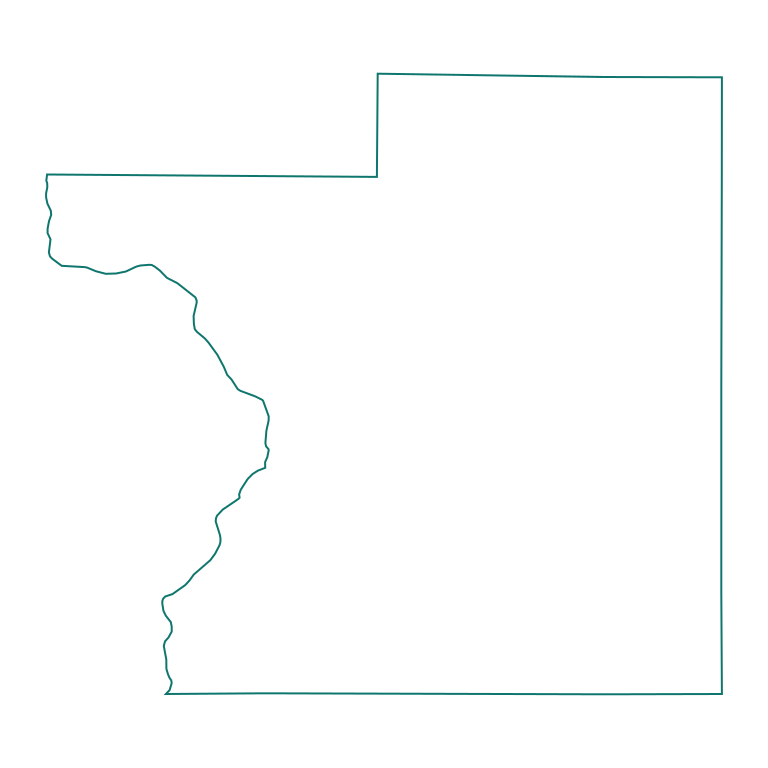 outline of Polk, Wisconsin, United States of America
{"feature_id": "52423323B37723484890273", "entity_name": "Polk", "entity_type": "district", "adm_level": 2, "iso_a3": "USA", "parent_name": "United States of America", "parent_adm1": "Wisconsin", "projection": "equal_earth", "projection_center": [-92.71, 45.469], "detail": "fine", "context": "isolated", "style": "outline", "palette": "teal", "viewbox_px": 768, "rotation_deg": 0, "n_neighbors": 0, "source": "geoboundaries", "source_scale": "gbopen_adm2", "svg_char_len": 1460}
<svg xmlns="http://www.w3.org/2000/svg" viewBox="0 0 768 768"><path d="M177.4,590.6L172.5,594.1L165.2,596.5L163.1,598.8L162.3,601.2L162.3,603.7L163.5,611.0L165.9,615.8L170.8,622.1L171.7,626.5L171.7,631.6L168.5,637.5L165.0,641.4L163.8,646.0L166.3,659.5L166.4,668.9L168.0,674.3L169.6,678.0L171.2,680.2L171.7,683.1L169.6,690.1L165.9,694.0L264.3,693.3L604.1,694.3L721.9,694.0L721.3,591.8L721.3,385.5L721.8,179.7L721.9,77.3L602.7,77.0L377.7,73.7L376.9,176.9L47.1,174.5L46.3,180.6L47.2,183.3L47.3,187.3L46.1,193.3L46.1,197.4L47.4,203.6L50.8,210.7L51.2,214.9L49.0,221.2L47.6,228.7L47.6,233.2L50.5,239.3L48.9,252.4L50.0,256.4L52.4,258.9L61.7,265.8L84.4,267.1L86.9,267.5L95.8,271.2L105.8,273.8L116.1,273.5L125.9,271.5L136.3,266.6L140.4,265.5L149.4,264.8L151.8,265.0L154.7,266.6L159.9,270.6L167.0,277.9L177.4,283.2L195.4,297.4L196.6,300.4L196.7,302.6L193.6,315.9L193.9,324.1L194.8,329.2L197.0,331.9L204.9,338.5L208.5,342.6L217.4,354.8L223.9,367.0L227.2,374.9L231.6,379.6L237.7,389.1L240.5,390.9L255.3,396.4L262.3,399.9L263.1,400.8L268.7,416.3L268.6,420.7L266.4,430.6L265.4,443.1L266.1,446.4L268.4,449.0L268.7,450.2L267.3,457.2L265.1,462.1L265.2,467.8L257.8,470.7L252.6,474.0L247.6,479.1L242.8,486.5L240.7,489.8L239.1,494.5L239.6,497.6L238.7,498.7L222.7,509.6L217.0,515.7L216.0,518.3L215.7,521.5L219.9,534.9L220.5,538.6L220.4,542.1L219.5,545.3L215.0,553.9L210.3,560.2L193.8,574.5L189.4,580.6L185.2,585.1L177.4,590.6Z" fill="none" stroke="#0f766e" stroke-width="2"/></svg>